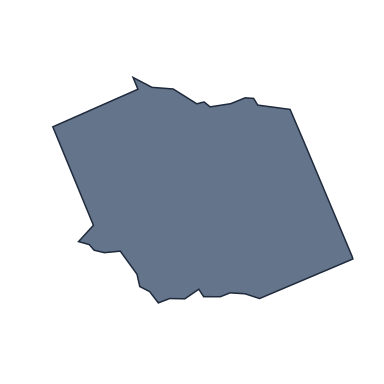 Gibson, Tennessee, United States of America, rotated 335°
{"feature_id": "52423323B84989214455528", "entity_name": "Gibson", "entity_type": "district", "adm_level": 2, "iso_a3": "USA", "parent_name": "United States of America", "parent_adm1": "Tennessee", "projection": "albers", "projection_center": [-88.965, 36.007], "detail": "fine", "context": "isolated", "style": "filled", "palette": "slate", "viewbox_px": 384, "rotation_deg": 335, "n_neighbors": 0, "source": "geoboundaries", "source_scale": "gbopen_adm2", "svg_char_len": 580}
<svg xmlns="http://www.w3.org/2000/svg" viewBox="0 0 384 384"><g transform="rotate(335 192 192)"><path d="M208.2,317.1L309.5,320.7L309.9,317.7L314.6,195.0L315.8,158.6L288.3,141.0L287.4,133.2L280.0,129.1L264.4,128.3L244.4,122.5L241.0,115.5L233.6,114.1L218.5,90.7L199.9,80.2L187.0,63.3L186.4,76.0L93.4,74.1L88.6,180.5L68.2,189.0L76.6,196.2L78.7,203.4L87.0,210.0L102.0,215.3L107.4,243.3L104.7,255.6L111.5,264.3L114.6,278.3L126.7,279.1L140.4,285.8L157.1,283.0L158.3,291.8L173.4,298.9L183.9,299.5L197.1,306.7L208.2,317.1Z" fill="#64748b" stroke="#1e293b" stroke-width="1.5"/></g></svg>